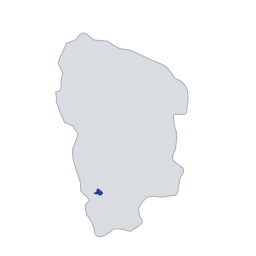 Chongshing, Pemagatsel, Bhutan shown in context, rotated 79°
{"feature_id": "84629894B45511376632903", "entity_name": "Chongshing", "entity_type": "district", "adm_level": 2, "iso_a3": "BTN", "parent_name": "Bhutan", "parent_adm1": "Pemagatsel", "projection": "equal_earth", "projection_center": [91.349, 26.998], "detail": "fine", "context": "in_parent", "style": "filled", "palette": "blue", "viewbox_px": 256, "rotation_deg": 79, "n_neighbors": 0, "source": "geoboundaries", "source_scale": "gbopen_adm2", "svg_char_len": 2807}
<svg xmlns="http://www.w3.org/2000/svg" viewBox="0 0 256 256"><g transform="rotate(79 128 128)"><path d="M202.4,107.2L202.1,109.1L200.4,114.0L199.3,119.3L200.2,123.7L204.1,128.9L209.2,133.1L215.8,133.4L221.9,131.8L224.3,132.4L227.7,139.4L230.0,145.4L226.8,151.7L225.1,157.1L224.5,161.0L224.9,162.7L226.8,165.8L229.1,171.2L229.5,176.1L228.0,179.4L224.9,181.0L221.6,180.5L218.8,180.6L215.3,181.2L210.0,183.0L204.9,185.3L195.5,184.9L191.8,180.0L190.0,180.0L181.4,186.3L172.1,185.2L155.1,187.3L148.0,187.8L140.7,187.1L137.0,185.8L130.2,181.3L124.0,178.1L117.6,181.1L115.4,181.6L110.3,189.2L99.3,191.7L88.3,193.5L85.1,192.5L78.9,192.1L78.7,190.3L78.9,188.6L77.5,187.2L75.0,185.8L70.7,185.2L65.2,183.3L62.0,181.5L50.8,184.2L44.2,180.2L36.8,174.7L33.1,172.3L31.8,163.8L30.5,161.1L27.6,158.2L26.0,154.8L27.3,151.4L34.8,144.9L35.4,143.4L38.9,131.3L43.7,126.9L48.4,120.9L52.0,111.2L58.9,101.3L66.5,91.1L71.7,82.9L75.1,79.0L82.2,74.9L88.1,72.4L92.2,66.9L97.1,63.9L102.2,62.5L109.7,63.2L116.7,65.2L124.4,67.9L125.3,70.1L124.7,74.1L123.5,78.1L123.5,80.1L124.7,81.2L132.3,82.0L141.5,81.3L146.7,81.9L158.3,85.6L161.7,88.2L165.3,90.2L168.7,89.8L173.1,85.6L177.7,81.9L180.6,81.4L182.7,82.5L186.4,86.0L194.0,89.2L200.8,91.6L203.0,94.0L202.3,103.9L202.4,107.2Z" fill="#d9dde1" stroke="#a8b0b8" stroke-width="1"/><path d="M182.6,169.4L182.6,169.5L182.8,169.7L182.8,169.8L182.9,170.0L183.0,170.0L183.1,169.9L183.3,169.8L183.3,169.7L183.5,169.6L183.8,169.6L183.9,169.8L184.0,169.8L184.1,170.0L184.3,170.2L184.4,170.3L184.5,170.3L184.8,170.5L185.0,170.6L185.0,170.8L185.2,171.0L185.2,171.3L185.2,171.5L185.3,171.6L185.5,171.7L185.5,171.8L185.6,172.0L185.8,172.2L185.8,172.3L185.9,172.5L185.9,172.8L186.0,172.7L186.1,172.4L186.1,172.2L186.2,171.9L186.3,171.7L186.3,171.4L186.3,171.2L186.3,170.9L186.2,170.8L186.2,170.7L186.1,170.4L186.1,170.2L185.9,170.2L185.9,169.9L186.0,169.8L186.0,169.7L186.3,169.5L186.5,169.5L186.8,169.6L187.0,169.6L187.1,169.4L187.2,169.2L187.3,169.0L187.4,168.9L187.5,168.9L187.8,168.9L188.0,168.8L188.1,168.7L188.2,168.4L188.2,168.2L188.1,167.9L188.1,167.7L188.1,167.4L187.9,167.4L187.8,167.2L187.7,167.1L187.7,166.9L187.6,166.7L187.4,166.5L187.3,166.4L187.2,166.4L187.1,166.2L187.1,165.9L186.9,165.9L186.7,165.9L186.4,165.8L186.2,165.9L186.1,166.0L185.9,166.2L185.8,166.3L185.7,166.3L185.7,166.5L185.7,166.8L185.7,167.0L185.8,167.0L185.7,167.3L185.7,167.5L185.8,167.6L185.8,167.9L185.9,168.1L185.9,168.3L185.9,168.5L185.7,168.8L185.6,168.7L185.4,168.6L185.1,168.6L184.9,168.5L184.7,168.5L184.7,168.4L184.5,168.2L184.4,168.2L184.1,168.0L183.9,168.0L183.9,167.9L183.8,168.0L183.7,168.2L183.6,168.3L183.5,168.5L183.5,168.8L183.4,169.0L183.3,168.9L183.2,168.8L183.2,168.7L182.9,168.7L182.7,168.7L182.7,168.8L182.7,169.0L182.7,169.3L182.6,169.4Z" fill="#3b82f6" stroke="#1e3a8a" stroke-width="1.5"/></g></svg>